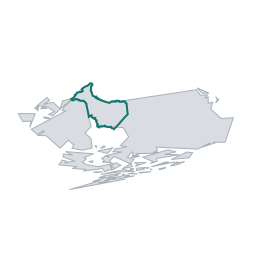 where Ontario sits in Canada, rotated 170°
{"feature_id": "CAN-682", "entity_name": "Ontario", "entity_type": "Province", "adm_level": 1, "iso_a3": "CAN", "parent_name": "Canada", "parent_adm1": "", "projection": "equal_earth", "projection_center": [-83.246, 49.265], "detail": "fine", "context": "in_parent", "style": "outline", "palette": "teal", "viewbox_px": 256, "rotation_deg": 170, "n_neighbors": 0, "source": "natural_earth", "source_scale": "10m", "svg_char_len": 8035}
<svg xmlns="http://www.w3.org/2000/svg" viewBox="0 0 256 256"><g transform="rotate(170 128 128)"><path d="M43.1,132.3L34.6,121.2L22.5,119.8L34.9,97.1L45.8,99.1L44.9,98.2L59.3,96.1L51.8,97.9L49.8,98.8L50.2,99.0L62.9,95.1L103.5,104.3L102.8,101.0L107.9,99.3L102.4,99.3L107.1,98.6L125.0,101.5L122.7,99.8L125.4,99.5L128.4,100.1L127.1,102.8L128.3,103.8L133.8,99.3L127.7,95.9L132.2,92.4L146.5,102.5L151.9,98.9L150.6,96.7L159.5,99.0L156.8,99.6L159.1,102.7L154.9,104.4L152.5,103.0L151.9,102.8L151.3,103.1L153.9,104.7L137.6,105.4L147.0,107.2L144.6,109.6L132.2,109.7L138.6,111.9L128.9,119.2L132.6,129.3L157.4,134.7L158.8,143.4L165.1,148.0L163.9,135.9L171.3,130.5L166.4,124.3L166.8,114.5L176.7,114.0L186.7,117.8L184.3,120.5L188.7,126.4L198.4,119.9L210.0,134.7L218.0,136.2L211.2,139.0L211.6,140.2L218.2,137.4L223.6,143.5L186.5,155.5L189.8,156.6L186.3,161.0L183.9,161.7L178.6,165.2L172.3,171.7L156.8,178.5L157.1,165.8L142.2,156.0L53.9,153.8L51.0,147.7L44.1,146.8L47.4,143.9L43.7,144.8L44.7,138.4L40.1,138.8L43.1,132.3ZM148.4,94.3L152.1,94.2L150.9,90.3L158.6,89.2L160.0,92.5L179.0,93.3L177.1,94.6L190.0,97.9L184.6,98.8L202.5,103.7L198.3,107.8L194.1,105.8L195.9,104.5L186.6,104.8L197.1,110.8L196.0,113.6L187.1,110.8L193.6,115.6L166.4,108.6L176.4,106.5L174.4,104.8L178.9,102.3L175.1,99.1L163.9,95.1L145.7,95.8L141.5,92.4L151.8,89.1L148.4,90.9L151.7,93.6L148.4,94.3ZM139.5,78.1L196.2,77.5L164.2,81.0L172.1,81.5L157.6,83.4L165.5,84.1L160.1,85.1L143.0,84.6L148.4,83.6L146.1,82.7L152.9,83.3L154.6,83.2L156.5,82.4L148.5,81.4L155.2,81.4L158.1,81.1L149.2,79.6L160.5,80.4L155.8,79.5L167.3,78.9L163.8,78.8L167.2,78.3L139.5,78.1ZM82.4,92.8L105.1,93.1L105.1,90.2L108.6,90.1L118.5,96.7L92.5,99.6L84.8,96.2L96.5,95.7L82.4,92.8ZM197.5,166.4L191.4,158.7L187.7,166.1L177.7,167.0L200.3,152.8L203.8,155.2L197.7,156.9L203.9,162.8L213.4,166.0L202.4,172.1L200.4,168.7L207.3,165.8L197.5,166.4ZM73.0,88.1L90.9,89.5L74.0,94.1L68.6,92.4L73.0,88.1ZM129.8,79.7L147.0,79.5L151.9,80.8L139.6,82.2L134.5,81.1L140.0,80.6L129.8,79.7ZM128.8,84.2L144.2,86.2L162.9,87.1L138.9,87.6L128.8,84.2ZM87.7,86.5L111.7,85.8L97.2,87.9L93.7,87.5L100.6,86.6L87.7,86.5ZM224.6,145.6L222.2,151.7L230.5,152.6L233.5,161.3L217.0,158.2L224.6,145.6ZM116.0,90.9L127.6,89.0L124.7,90.5L128.1,92.7L116.0,90.9ZM146.6,111.1L152.6,106.5L161.9,110.6L146.6,111.1ZM130.5,89.2L141.1,88.9L131.0,92.3L130.5,89.2ZM92.9,83.3L89.0,84.9L77.9,85.1L86.1,83.4L92.9,83.3ZM127.2,84.6L126.2,86.9L116.9,86.0L120.6,85.7L119.2,84.7L127.2,84.6ZM112.8,81.0L123.3,81.5L125.1,82.4L112.8,81.0ZM42.1,148.2L48.9,149.4L53.0,155.5L42.1,148.2ZM160.1,89.2L167.4,89.6L169.7,90.7L160.1,89.2ZM121.1,98.4L128.0,97.7L130.0,98.8L121.1,98.4ZM132.5,85.9L132.9,87.6L129.0,86.9L132.5,85.9ZM128.3,81.4L132.9,82.3L126.5,81.4L128.3,81.4ZM169.1,100.1L172.5,101.9L168.1,101.7L169.1,100.1ZM99.5,82.4L104.7,82.4L97.5,82.7L99.5,82.4ZM112.6,89.4L109.3,89.9L107.8,89.5L112.6,89.4ZM214.1,160.2L214.0,164.5L214.9,162.6L216.3,163.7L214.2,165.0L212.2,164.6L214.1,160.2ZM102.6,81.5L105.3,81.9L97.8,82.0L102.6,81.5ZM209.8,153.4L206.6,153.0L202.7,150.8L206.9,151.4L209.8,153.4ZM158.1,112.8L155.8,114.7L153.8,114.1L155.0,112.9L158.1,112.8ZM33.8,140.0L37.3,137.5L35.5,140.2L33.8,140.0ZM130.2,82.9L135.4,82.7L136.3,82.9L130.2,82.9ZM117.3,84.9L116.0,85.7L114.0,85.2L117.3,84.9ZM204.1,161.3L206.0,161.7L210.4,162.2L208.5,163.7L204.1,161.3ZM162.6,114.3L163.4,116.2L162.0,115.7L162.6,114.3ZM88.4,85.2L85.5,86.1L84.4,86.0L88.4,85.2ZM142.0,83.0L140.3,83.4L140.0,83.0L142.0,83.0ZM112.8,82.9L112.8,83.6L111.4,82.8L112.8,82.9ZM34.1,140.6L35.2,141.4L36.3,143.6L34.1,140.6Z" fill="#d9dde1" stroke="#a8b0b8" stroke-width="1"/><path d="M139.5,157.0L138.9,156.9L138.7,156.9L138.2,157.0L138.0,156.9L137.8,156.6L137.7,156.6L136.8,156.7L136.7,156.6L136.1,156.7L135.9,156.4L135.8,156.2L135.6,156.2L135.2,156.4L134.7,156.7L134.5,156.8L134.3,156.8L134.2,156.8L133.9,156.8L133.9,156.7L133.6,156.6L133.5,156.4L133.3,156.3L132.9,156.2L132.8,155.9L132.7,155.8L132.2,155.9L132.1,156.1L131.9,156.2L131.7,155.9L131.7,155.7L131.2,155.5L131.1,155.4L131.3,155.3L131.3,155.2L130.7,155.1L129.7,154.9L129.2,155.0L128.4,155.3L128.3,155.2L128.3,154.9L128.2,154.9L127.3,154.8L127.2,154.8L127.2,154.7L126.5,154.7L126.4,154.6L126.1,154.4L126.1,154.0L125.9,153.1L125.9,152.7L125.7,152.6L125.2,152.5L125.9,141.6L129.9,138.7L132.6,136.5L135.7,134.0L139.8,130.9L141.7,129.5L141.9,129.4L141.9,129.5L142.0,129.5L142.3,129.7L142.4,129.9L142.7,130.0L143.0,130.2L143.2,130.4L143.8,130.6L144.0,130.7L144.1,130.8L144.3,131.0L144.6,131.4L144.6,131.5L144.8,131.7L144.9,131.8L145.1,131.8L145.4,131.9L145.5,132.0L145.4,132.1L145.5,132.1L146.2,132.2L146.3,132.2L146.6,132.2L146.7,132.3L147.0,132.3L147.3,132.5L147.8,132.7L148.0,132.8L148.9,133.0L149.2,133.1L149.4,133.1L149.7,133.3L150.0,133.6L150.4,133.8L150.8,133.9L150.8,134.0L150.6,134.1L150.4,134.3L150.3,134.5L150.1,134.6L150.0,134.9L150.3,134.6L150.6,134.2L150.9,134.0L151.2,134.0L152.0,134.2L152.5,134.1L152.9,134.0L153.3,134.1L153.6,134.0L154.0,134.1L154.1,134.3L154.2,134.2L154.3,134.2L154.5,134.4L154.5,134.5L154.5,134.4L154.5,134.2L154.3,134.2L154.2,134.1L154.5,134.1L155.3,134.3L155.8,134.2L156.1,134.3L156.0,134.6L156.2,134.4L156.5,134.5L156.7,134.4L156.9,134.5L157.0,134.5L157.0,134.4L157.3,134.6L157.5,134.7L157.4,134.4L157.7,134.6L157.6,134.8L157.7,135.0L157.7,135.3L157.8,135.3L157.6,136.2L157.4,136.5L157.3,136.8L157.2,136.8L157.3,137.0L157.3,137.3L157.4,137.5L157.5,137.6L158.0,138.5L157.8,138.9L157.8,139.1L157.8,139.4L158.0,139.7L158.1,140.1L157.7,140.3L157.6,140.7L157.6,140.9L157.7,141.0L157.8,141.2L158.1,141.3L158.3,141.5L158.5,141.8L158.6,142.0L158.8,142.1L159.2,142.5L159.5,142.7L159.5,142.8L159.4,142.8L159.5,143.0L159.4,143.1L159.0,143.3L158.9,143.3L158.7,143.4L158.8,143.3L158.7,143.5L158.8,143.5L159.0,143.4L159.6,143.4L159.9,143.7L160.0,143.8L160.5,144.0L160.6,143.9L160.7,144.0L160.9,144.1L161.1,144.4L161.3,144.5L161.6,144.7L161.9,145.0L162.1,145.6L162.3,145.8L162.3,146.1L161.8,146.3L161.6,146.5L161.3,146.8L161.1,147.0L160.9,147.1L161.1,147.1L161.3,146.9L161.5,146.8L161.7,146.7L161.9,146.6L162.0,146.4L162.4,146.2L162.9,146.3L163.1,146.3L163.4,146.5L163.6,146.6L164.0,146.9L164.2,147.1L164.5,147.3L164.9,157.6L164.9,158.3L164.8,158.7L164.7,158.8L164.8,159.0L165.1,159.4L165.1,159.5L165.1,159.8L165.1,160.0L165.3,160.2L165.5,160.5L165.9,160.9L166.0,161.3L166.3,161.5L166.4,161.8L166.6,162.0L167.0,162.3L167.0,162.5L167.8,162.6L168.0,162.6L168.3,162.7L168.6,162.7L168.8,162.8L169.1,162.8L169.8,163.0L170.3,163.2L170.6,163.4L170.8,163.6L170.8,163.8L171.0,164.0L171.6,164.3L171.8,164.3L171.8,164.1L172.0,164.0L172.2,164.4L172.2,164.5L172.3,164.6L172.4,164.8L172.5,165.0L173.1,165.2L173.3,165.4L173.5,165.4L173.6,165.2L173.9,165.2L174.1,165.3L174.3,165.4L174.6,165.6L174.9,165.6L175.1,165.4L175.3,165.4L175.9,165.2L176.1,165.0L176.7,165.0L177.0,164.8L177.4,164.9L177.7,164.8L178.0,164.9L178.2,165.0L178.4,165.1L178.2,165.9L178.6,166.3L178.3,166.4L178.2,166.6L177.8,166.9L177.7,167.0L177.2,167.0L176.8,167.2L176.6,167.3L176.2,167.5L175.1,168.4L174.8,168.8L174.7,169.0L174.2,169.2L174.0,169.4L173.9,169.5L174.0,169.6L173.9,169.6L173.5,169.8L173.2,170.1L172.4,171.6L167.4,171.7L167.2,171.7L166.1,172.3L166.4,172.9L166.4,173.3L166.4,173.5L166.5,173.7L166.5,173.8L166.6,174.0L166.8,174.1L166.8,174.3L166.7,174.4L166.5,174.6L163.3,176.1L160.6,176.6L157.5,178.5L156.8,178.5L156.7,178.5L155.8,177.9L155.6,177.6L155.5,177.4L155.5,177.2L155.6,176.5L155.7,176.3L155.8,176.2L156.1,176.1L156.4,176.0L156.9,175.4L157.1,175.4L157.2,175.2L157.3,174.9L157.4,174.6L157.3,174.4L157.4,174.2L157.5,173.9L157.5,173.7L158.2,171.9L157.1,165.9L157.0,165.7L154.7,164.4L154.3,164.4L154.5,164.1L154.7,163.6L154.5,163.3L154.3,163.2L153.9,163.3L153.7,163.2L153.7,163.3L153.4,163.4L153.3,163.2L153.1,162.9L153.0,162.6L153.0,162.3L152.9,162.2L153.0,161.9L152.8,161.8L152.5,161.9L152.4,161.9L152.2,161.9L152.1,162.1L151.9,162.1L151.3,161.5L151.1,160.7L146.8,158.3L142.2,156.0L141.5,156.1L139.7,157.0L139.5,157.0ZM164.6,147.4L164.2,147.1L164.1,146.8L164.0,146.6L164.2,146.3L164.1,146.1L164.3,145.9L164.6,145.8L164.6,147.4Z" fill="none" stroke="#0f766e" stroke-width="2"/></g></svg>